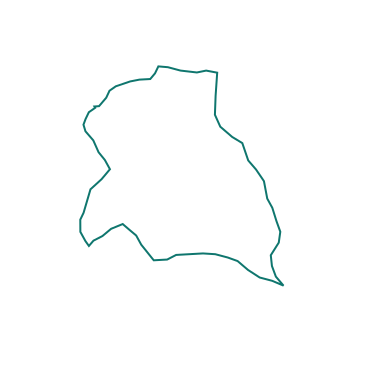 Sohung, Hwanghae-bukto, North Korea, rotated 130°
{"feature_id": "82179303B44729459459193", "entity_name": "Sohung", "entity_type": "district", "adm_level": 2, "iso_a3": "PRK", "parent_name": "North Korea", "parent_adm1": "Hwanghae-bukto", "projection": "albers", "projection_center": [126.204, 38.534], "detail": "fine", "context": "isolated", "style": "outline", "palette": "teal", "viewbox_px": 384, "rotation_deg": 130, "n_neighbors": 0, "source": "geoboundaries", "source_scale": "gbopen_adm2", "svg_char_len": 982}
<svg xmlns="http://www.w3.org/2000/svg" viewBox="0 0 384 384"><g transform="rotate(130 192 192)"><path d="M299.6,236.3L292.6,236.2L283.3,232.3L272.2,230.3L261.1,224.5L261.2,214.7L261.2,206.8L265.0,197.0L268.3,180.5L268.9,177.4L259.7,167.6L250.4,163.7L241.2,153.9L232.0,144.1L224.7,134.2L219.2,122.5L215.6,112.7L215.7,98.9L214.0,85.2L208.5,73.5L204.9,61.7L202.9,73.4L197.3,83.2L189.8,91.0L175.0,93.0L165.7,98.8L160.0,108.6L152.5,120.3L148.7,130.1L137.5,143.8L137.0,145.4L133.6,157.5L131.7,169.2L122.2,184.9L124.0,196.6L123.8,212.3L118.1,224.1L103.2,235.7L84.4,249.4L89.9,259.2L97.3,265.1L106.4,278.9L111.9,290.7L117.4,298.5L124.9,296.6L132.3,296.6L139.7,304.5L147.0,310.4L160.0,318.3L167.4,320.3L174.9,318.3L186.0,318.4L189.2,321.7L189.7,320.3L197.2,322.3L204.6,320.4L210.2,318.4L214.0,312.6L215.9,300.8L221.6,289.1L223.5,279.3L227.3,269.5L240.3,269.5L255.2,271.5L277.6,261.7L285.0,259.8L294.3,251.9L298.1,242.1L299.6,236.3Z" fill="none" stroke="#0f766e" stroke-width="2"/></g></svg>